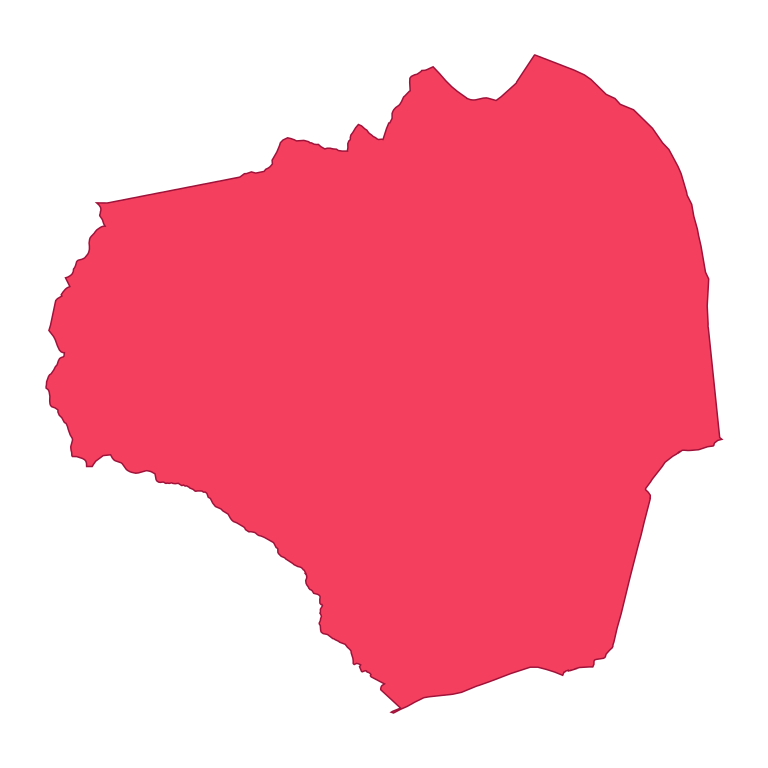 Repelón, Atlántico, Colombia (Mercator projection)
{"feature_id": "7082276B99103444770776", "entity_name": "Repelón", "entity_type": "district", "adm_level": 2, "iso_a3": "COL", "parent_name": "Colombia", "parent_adm1": "Atlántico", "projection": "mercator", "projection_center": [-75.149, 10.502], "detail": "fine", "context": "isolated", "style": "filled", "palette": "rose", "viewbox_px": 768, "rotation_deg": 0, "n_neighbors": 0, "source": "geoboundaries", "source_scale": "gbopen_adm2", "svg_char_len": 5995}
<svg xmlns="http://www.w3.org/2000/svg" viewBox="0 0 768 768"><path d="M96.7,202.9L98.9,204.9L100.3,206.9L100.8,208.3L100.9,209.6L100.8,210.8L100.3,212.1L100.4,212.9L99.7,215.1L99.8,215.8L102.4,219.7L103.7,223.8L105.1,226.2L103.9,226.2L102.2,226.5L100.4,227.4L98.2,228.9L96.8,229.9L95.2,231.8L94.1,233.4L91.3,236.3L90.1,237.9L89.6,239.4L89.1,243.0L89.4,246.1L89.4,249.4L88.7,252.3L87.8,254.1L84.6,258.0L81.9,259.3L78.2,260.2L77.1,261.1L76.6,261.8L75.6,265.4L74.7,267.5L73.5,269.1L73.3,271.5L72.3,273.7L71.2,274.9L69.9,275.9L67.6,277.2L65.5,277.8L69.9,286.6L67.3,287.7L65.4,289.2L63.2,291.8L61.2,294.7L61.9,296.0L57.4,298.7L55.7,300.6L50.5,325.2L48.9,330.5L53.5,336.4L55.2,339.6L57.5,346.0L59.4,350.0L61.2,351.9L63.3,352.7L64.4,352.7L64.0,356.1L63.2,356.9L61.3,357.5L59.8,358.4L59.4,358.9L58.3,361.0L57.1,364.8L55.4,366.7L53.8,369.9L51.6,373.1L51.1,373.8L49.6,374.8L48.5,376.5L46.6,381.8L46.4,385.2L46.1,386.3L46.1,388.1L48.1,389.6L49.1,391.6L49.9,396.4L49.7,400.9L50.0,403.9L50.6,405.5L51.7,406.7L55.1,407.9L57.8,409.8L58.0,410.5L57.9,412.0L59.3,415.3L61.8,417.7L64.2,422.2L64.6,422.6L66.1,423.4L67.4,426.3L68.3,429.6L70.2,434.9L72.2,438.2L72.5,439.4L72.4,440.6L70.8,446.5L70.8,447.7L71.1,450.5L71.6,452.1L71.9,455.8L72.5,456.5L76.7,456.6L82.3,458.4L84.6,459.7L85.9,461.3L86.5,463.3L86.6,466.5L92.2,466.5L93.4,464.5L95.7,461.2L103.2,455.6L110.6,454.8L112.4,458.1L113.8,459.8L115.1,460.7L121.4,462.9L122.4,463.9L126.3,469.4L127.5,470.4L129.9,471.7L131.6,472.3L135.7,473.2L138.4,472.9L146.2,470.7L147.1,470.7L150.0,471.3L151.4,471.8L155.0,473.8L156.1,479.7L157.1,481.2L158.8,482.2L160.5,482.4L162.3,482.1L163.4,482.1L164.0,482.3L165.1,483.1L166.0,483.4L167.3,483.1L169.3,483.4L171.5,482.8L172.8,483.4L175.2,483.7L178.3,483.3L181.6,485.5L182.5,485.4L183.5,485.0L185.1,486.1L186.5,485.8L189.2,487.3L189.8,488.0L193.1,489.4L195.1,491.1L195.8,491.2L198.0,490.9L201.4,491.0L202.0,491.1L203.4,492.1L205.3,492.1L206.9,493.4L208.2,497.2L210.1,498.3L210.5,498.7L212.7,503.1L215.4,506.5L220.9,508.9L223.0,511.0L228.1,514.1L230.3,518.1L231.6,519.9L233.4,521.5L236.7,522.8L243.8,527.0L244.7,527.9L245.5,529.6L248.8,531.8L251.0,531.7L254.5,532.4L255.6,533.0L257.3,534.6L258.8,535.5L261.0,536.0L264.4,537.4L273.4,542.5L274.1,543.5L276.1,547.5L277.1,548.1L277.8,548.8L277.9,552.4L278.6,553.7L281.2,556.3L284.7,557.8L285.8,559.0L292.8,563.5L294.2,564.8L295.2,565.2L297.7,566.5L299.6,566.9L301.1,567.5L302.3,568.4L303.3,569.8L304.2,570.2L305.9,573.6L305.3,573.6L306.5,575.3L306.8,576.2L306.6,576.6L306.8,577.7L305.7,580.6L306.1,583.4L306.8,584.9L308.2,586.8L308.9,588.3L310.1,589.6L311.1,589.9L312.2,590.8L313.7,593.3L317.6,594.3L319.3,595.3L320.0,596.3L320.1,597.7L319.8,599.3L319.9,603.0L320.1,603.5L321.0,604.5L321.4,604.7L321.8,604.5L322.5,605.7L320.4,609.2L320.4,612.3L319.9,613.1L320.3,613.5L320.7,614.6L321.1,615.0L321.4,616.6L320.6,618.7L320.4,620.5L319.2,623.1L319.4,624.2L320.3,625.5L320.6,629.9L321.0,631.6L321.4,632.3L323.2,633.6L327.5,634.5L332.8,638.6L333.9,638.8L335.2,639.7L338.6,641.3L339.5,642.1L340.4,642.5L345.2,644.3L347.4,647.2L349.6,649.2L350.8,650.6L351.1,651.4L351.2,652.9L352.9,658.3L353.2,660.8L353.2,663.5L353.5,663.9L354.2,664.5L356.6,663.4L357.1,663.5L358.2,663.7L360.7,664.8L360.5,665.4L359.5,666.6L361.5,671.4L362.2,671.8L365.2,670.7L366.5,671.0L366.5,671.5L367.3,672.1L368.7,672.5L369.8,673.2L371.0,674.6L370.4,675.8L371.2,676.9L384.5,683.9L382.2,685.4L381.6,686.0L381.1,687.0L380.7,688.9L380.8,689.8L400.6,708.1L392.7,711.3L391.2,712.2L393.5,713.0L400.6,709.3L407.2,706.4L414.7,702.2L423.8,697.7L428.9,696.8L452.9,694.2L461.6,692.3L476.6,686.1L479.2,685.3L489.4,681.7L510.9,673.5L530.2,667.2L537.9,667.2L546.3,669.4L554.5,672.0L562.7,675.3L564.0,672.1L564.7,672.1L565.7,671.1L568.2,670.2L568.4,671.0L570.6,670.3L570.6,670.5L576.0,668.8L575.8,668.6L576.2,668.5L579.5,667.5L589.6,666.9L592.8,666.9L593.9,664.4L594.0,661.2L594.6,660.0L596.2,659.4L603.5,658.3L604.8,657.5L605.4,656.7L605.7,655.4L606.2,654.0L609.6,650.2L612.2,647.8L612.9,646.3L612.9,645.0L613.9,642.0L617.1,628.1L621.2,613.6L629.9,577.9L638.4,544.7L641.1,535.0L644.1,522.4L649.9,500.1L650.3,498.2L650.0,498.1L650.3,496.7L650.3,495.3L648.3,492.3L645.6,489.7L645.5,489.2L645.7,488.4L650.6,481.8L652.3,479.1L662.2,466.5L665.0,462.3L672.8,456.2L676.5,454.1L678.8,452.1L678.8,452.7L682.2,450.3L683.9,450.2L688.0,450.5L690.9,450.4L698.7,449.7L707.7,446.7L713.1,446.0L713.8,445.4L714.2,443.7L714.7,442.8L717.8,440.4L721.9,439.3L719.7,437.6L708.4,328.6L708.0,326.4L708.1,324.0L707.2,305.9L708.7,279.0L705.5,272.2L701.0,246.1L698.6,235.7L697.4,229.2L693.8,216.3L691.7,204.3L687.1,195.2L686.7,192.6L681.1,173.6L678.0,166.5L668.9,149.5L662.6,142.9L652.5,128.3L633.6,109.8L620.2,104.3L615.0,98.5L606.2,94.4L591.0,79.5L584.4,74.9L574.3,70.2L535.0,55.0L534.5,55.0L516.7,81.9L516.4,83.0L501.2,96.7L496.1,100.5L488.0,98.2L486.4,97.9L483.3,98.1L475.4,99.9L473.0,100.0L470.6,99.7L466.8,98.4L466.8,98.1L457.5,91.5L451.8,86.8L445.9,80.9L439.8,73.9L433.1,66.8L426.3,69.9L425.0,70.3L421.7,70.5L421.0,71.5L417.1,74.2L414.6,74.8L411.3,76.4L409.9,78.2L409.7,82.3L410.2,90.8L409.3,91.3L405.0,95.8L403.6,97.0L401.5,101.6L399.8,104.4L398.8,105.4L395.8,107.5L393.9,109.6L393.1,110.9L392.1,113.4L392.1,118.4L389.8,122.9L388.8,123.0L386.5,128.6L383.0,139.5L381.7,139.2L378.4,139.5L377.2,139.0L375.6,137.7L373.1,136.4L371.6,135.0L370.4,134.2L368.6,132.7L366.9,130.2L364.6,128.7L362.4,126.6L361.4,125.8L358.4,124.5L355.6,127.8L352.8,132.5L350.9,135.0L350.3,137.4L350.4,138.9L350.1,139.7L349.6,140.5L348.8,141.0L347.8,143.7L347.9,147.8L347.4,150.5L347.5,151.1L342.3,151.1L338.3,150.5L336.5,149.2L333.1,148.9L330.1,148.2L327.2,148.2L324.8,148.9L320.8,146.6L318.4,144.4L316.5,144.5L314.0,144.2L311.6,142.9L309.9,142.8L308.7,141.7L303.9,140.4L296.4,140.9L294.4,139.8L291.0,138.6L287.6,137.8L283.0,140.0L280.4,142.7L279.4,145.9L276.8,152.1L272.1,160.2L272.4,164.0L270.0,166.8L268.2,168.1L265.7,169.3L264.1,171.4L255.7,173.1L251.4,171.9L246.5,173.6L244.4,173.7L239.8,177.1L107.2,203.0L96.7,202.9Z" fill="#f43f5e" stroke="#9f1239" stroke-width="1.5"/></svg>